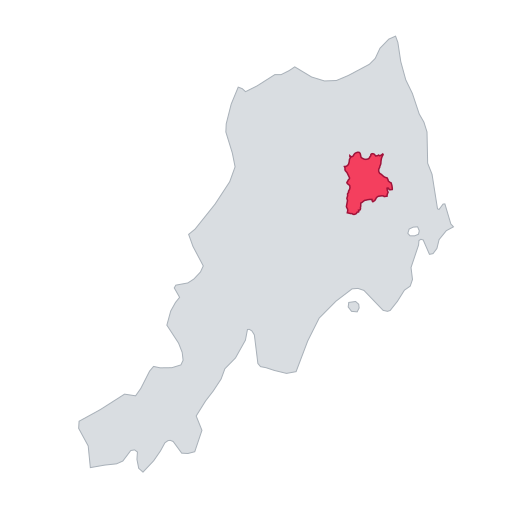 Gugark, Lori, Armenia (highlighted), rotated 82°
{"feature_id": "60910142B58118729111038", "entity_name": "Gugark", "entity_type": "district", "adm_level": 2, "iso_a3": "ARM", "parent_name": "Armenia", "parent_adm1": "Lori", "projection": "mercator", "projection_center": [44.544, 40.817], "detail": "fine", "context": "in_parent", "style": "filled", "palette": "rose", "viewbox_px": 512, "rotation_deg": 82, "n_neighbors": 0, "source": "geoboundaries", "source_scale": "gbopen_adm2", "svg_char_len": 3940}
<svg xmlns="http://www.w3.org/2000/svg" viewBox="0 0 512 512"><g transform="rotate(82 256 256)"><path d="M225.2,319.7L220.9,312.6L199.0,289.4L178.8,271.7L164.8,264.3L150.8,265.1L129.0,268.6L121.0,267.1L102.1,259.4L86.3,250.1L88.4,246.3L91.8,243.5L87.8,231.5L79.0,212.1L79.9,206.0L77.1,197.6L74.1,191.3L86.5,176.0L92.2,163.8L93.4,151.9L90.1,139.5L81.9,117.0L76.9,110.4L67.5,104.3L59.7,94.3L57.7,87.2L64.3,85.8L83.6,85.6L102.3,83.2L116.9,78.5L138.1,74.6L146.8,71.1L157.0,69.4L188.0,73.1L199.6,70.3L234.5,69.7L235.4,68.3L230.6,63.5L230.7,61.7L251.4,58.6L254.6,56.4L257.4,64.0L265.2,72.4L273.7,75.8L278.3,80.4L278.5,84.0L263.4,88.2L262.4,90.4L263.4,92.5L267.8,93.5L289.0,104.1L301.0,104.3L307.3,107.5L310.5,113.8L320.6,122.3L328.6,130.7L329.1,133.5L327.5,137.7L305.1,153.9L302.3,159.5L301.9,165.4L311.8,183.0L326.3,202.1L347.3,216.6L376.1,232.4L376.5,242.1L371.9,253.7L368.0,261.6L366.2,266.9L362.7,269.1L333.9,268.6L329.6,270.5L327.7,272.8L327.6,274.7L337.9,278.2L354.1,290.5L363.3,302.5L373.0,307.7L383.8,317.2L392.5,326.1L406.1,337.5L421.1,333.8L441.3,343.9L442.1,350.9L440.9,357.0L428.2,363.8L426.6,366.6L426.6,368.9L428.3,372.2L435.7,377.7L444.5,385.8L454.3,398.0L449.9,401.7L440.8,402.2L433.6,400.7L431.1,403.2L431.2,407.1L440.5,416.4L442.4,423.1L442.0,434.8L442.5,449.5L420.7,448.6L402.0,455.6L395.0,454.2L390.3,441.7L386.4,431.5L374.5,405.4L377.7,394.7L371.1,388.5L355.2,377.4L351.1,372.8L353.4,366.5L354.9,354.9L353.4,345.5L349.1,342.7L341.2,342.5L331.5,344.8L312.1,353.9L298.6,348.1L290.8,342.2L286.3,337.4L276.2,341.4L273.7,339.4L273.2,327.3L270.2,320.8L264.1,313.2L258.5,309.6L237.7,317.1L225.2,319.7ZM257.5,100.6L258.1,96.1L257.1,92.1L253.8,90.8L249.6,91.9L249.3,96.3L250.6,100.6L254.7,102.5L257.5,100.6ZM324.1,169.1L319.3,171.8L314.9,170.6L314.9,163.7L318.1,161.0L321.8,161.1L325.4,163.6L324.1,169.1Z" fill="#d9dde1" stroke="#a8b0b8" stroke-width="1"/><path d="M169.7,149.1L170.6,149.2L171.6,148.7L171.8,148.8L173.3,150.0L176.0,150.7L178.1,151.7L179.0,152.7L179.8,154.2L179.7,155.4L179.7,156.0L181.1,155.6L183.0,155.9L183.9,155.7L186.0,154.3L191.5,152.5L192.5,152.7L193.7,154.2L195.0,154.9L195.6,155.7L196.2,155.8L197.2,155.3L199.2,153.4L201.3,153.4L202.9,154.0L204.7,155.4L206.0,155.5L206.9,156.6L207.7,156.8L208.7,156.8L209.4,157.0L211.3,157.9L212.0,158.0L213.0,157.7L214.0,157.7L219.6,159.6L220.8,159.4L221.8,158.9L222.5,158.8L223.7,158.8L225.9,159.6L226.7,157.5L227.2,156.3L227.4,154.9L228.3,154.0L228.5,153.0L228.3,151.8L227.9,150.7L226.6,149.6L226.7,148.3L226.2,148.0L225.7,147.9L224.9,148.1L224.8,146.5L223.8,145.9L222.7,145.9L221.7,145.5L221.0,145.3L218.7,145.0L218.2,144.9L217.7,143.6L216.9,142.3L216.0,140.6L216.0,139.3L215.8,137.8L215.8,136.6L215.8,135.6L216.1,133.3L216.8,133.3L217.6,133.3L218.5,132.8L218.4,132.2L217.9,131.4L217.6,130.7L217.0,130.1L216.2,129.5L215.1,128.7L214.3,127.6L213.9,126.6L213.9,125.9L213.9,124.6L213.9,123.1L214.1,122.0L214.2,121.9L214.4,121.3L215.0,120.8L215.0,120.0L215.0,119.0L215.0,117.9L213.9,117.7L212.7,117.2L211.2,116.3L209.6,116.8L208.2,116.8L207.1,116.8L207.0,115.9L207.5,115.2L208.4,115.1L209.1,114.3L209.1,112.9L209.1,111.8L207.9,111.6L207.1,111.6L205.2,111.6L202.4,112.0L201.8,113.0L200.2,114.5L198.6,114.7L196.9,115.3L196.3,116.7L195.5,118.0L194.2,119.2L192.6,120.5L191.4,122.0L189.4,122.7L187.7,122.5L186.5,122.0L185.5,121.2L184.4,120.9L183.1,120.1L182.1,119.6L179.4,119.0L177.1,118.3L175.1,117.3L173.3,116.0L172.6,116.3L173.5,117.9L174.0,119.5L173.1,120.6L173.5,121.3L173.6,122.6L173.6,123.6L172.7,124.1L172.3,124.3L171.6,124.8L171.2,125.5L170.9,126.3L170.9,127.2L171.4,128.1L172.7,128.4L173.5,129.3L174.7,130.1L175.4,131.3L175.6,132.4L175.6,133.8L175.3,135.1L174.7,136.1L174.0,137.1L173.9,137.2L173.1,138.1L172.3,138.3L172.1,138.3L170.6,138.4L169.4,138.5L168.5,138.8L167.7,139.5L167.4,140.8L167.6,142.0L167.7,142.5L168.2,143.8L169.0,144.7L169.4,145.1L170.3,145.6L170.8,146.6L171.1,147.4L170.7,148.2L169.7,149.1Z" fill="#f43f5e" stroke="#9f1239" stroke-width="1.5"/></g></svg>